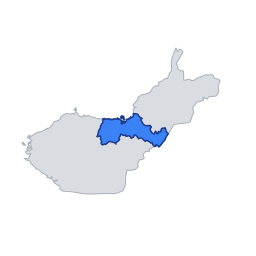 Northern Ostrobothnia on a map of Finland (orthographic projection), rotated 56°
{"feature_id": "FIN-3180", "entity_name": "Northern Ostrobothnia", "entity_type": "Province", "adm_level": 1, "iso_a3": "FIN", "parent_name": "Finland", "parent_adm1": "", "projection": "orthographic", "projection_center": [26.371, 64.957], "detail": "fine", "context": "in_parent", "style": "filled", "palette": "blue", "viewbox_px": 256, "rotation_deg": 56, "n_neighbors": 0, "source": "natural_earth", "source_scale": "10m", "svg_char_len": 8833}
<svg xmlns="http://www.w3.org/2000/svg" viewBox="0 0 256 256"><g transform="rotate(56 128 128)"><path d="M111.5,110.8L110.7,107.1L109.7,103.8L108.5,102.9L108.1,101.7L108.0,99.1L108.3,97.1L109.7,95.2L110.0,92.6L110.9,90.5L110.6,89.2L108.6,85.2L108.4,84.0L108.4,81.9L109.6,80.0L109.4,78.1L107.3,77.3L107.4,76.1L108.1,74.2L107.8,72.5L108.0,68.9L109.1,67.4L107.9,66.1L106.9,63.7L105.9,63.6L105.3,61.1L103.7,58.8L97.5,55.3L93.9,51.6L92.1,48.7L90.3,47.0L90.2,45.5L88.4,44.2L88.8,43.5L90.4,43.6L91.6,44.3L92.1,43.6L91.7,41.4L91.9,40.9L93.4,39.8L95.7,40.0L100.2,48.7L100.8,51.5L105.6,52.7L106.1,53.4L107.4,53.3L110.3,52.1L111.4,50.3L112.5,50.5L119.3,54.9L120.4,53.9L121.0,51.4L121.6,50.3L122.4,49.5L124.0,49.0L125.3,47.0L125.5,41.1L126.1,39.4L127.3,33.7L129.4,31.1L130.9,28.4L132.3,28.0L135.0,28.5L138.2,25.7L140.2,25.3L144.0,30.0L149.2,32.9L150.7,36.8L150.1,38.4L147.5,42.9L147.5,44.0L148.5,46.0L144.6,48.5L144.9,49.1L147.1,49.3L147.3,50.2L145.3,55.8L145.3,56.8L147.1,62.8L152.2,65.1L153.7,67.7L157.5,72.8L157.3,75.3L152.3,84.6L151.2,87.2L151.1,88.8L154.6,95.9L156.6,101.0L158.7,104.6L160.5,110.6L160.7,112.7L157.6,114.1L158.5,115.1L157.9,117.1L157.9,119.9L157.1,121.7L157.3,122.2L158.9,122.5L159.1,123.7L159.0,124.4L157.5,125.9L157.4,127.3L158.3,129.8L159.1,130.6L161.6,131.2L162.0,131.8L162.2,133.6L161.1,135.4L161.1,136.1L162.4,139.2L165.9,141.6L166.3,143.5L166.4,144.8L166.3,146.0L164.0,150.5L162.1,152.0L166.2,156.4L173.5,161.9L176.9,166.7L177.2,168.1L175.4,174.7L174.6,176.5L169.3,184.0L161.7,196.2L157.7,201.6L149.8,209.8L143.9,217.2L140.6,218.7L138.1,217.1L136.8,217.5L135.6,218.6L131.4,219.8L131.3,218.6L132.1,215.5L131.8,215.6L131.0,217.0L130.6,218.7L129.9,219.6L128.1,220.0L126.5,218.6L125.7,218.6L126.5,220.7L126.4,221.3L125.5,221.1L123.7,222.7L123.2,222.7L122.7,221.4L120.6,222.8L118.8,223.0L117.6,224.1L112.0,225.6L110.4,227.4L109.4,227.0L103.1,228.3L100.5,227.7L97.5,230.4L95.3,230.7L97.7,227.9L97.8,226.9L96.7,226.3L95.9,225.2L95.1,223.0L94.7,222.8L93.8,225.6L92.3,226.5L90.4,226.3L90.3,225.1L90.7,224.0L90.4,223.8L90.7,222.9L91.7,222.9L91.9,222.4L92.0,221.9L91.2,221.3L92.1,219.4L88.8,218.7L85.0,216.4L84.6,214.6L82.6,215.7L81.0,214.2L80.8,213.4L80.8,206.7L81.1,204.9L82.3,202.7L82.8,200.6L83.0,196.5L83.6,196.5L83.0,195.1L84.0,194.8L84.1,194.4L82.5,187.7L81.4,186.1L82.7,181.5L82.7,180.4L82.6,179.1L81.2,177.5L81.0,173.3L81.6,171.0L84.8,167.0L85.0,165.3L86.7,165.3L86.0,163.8L86.0,161.9L88.3,161.4L89.1,162.1L91.2,161.5L93.1,160.3L92.6,157.7L93.5,157.7L93.3,157.0L93.4,156.4L94.1,156.7L95.3,155.0L95.4,153.6L97.5,153.0L99.9,150.4L102.1,149.0L104.4,146.3L105.3,146.2L105.9,144.3L108.4,141.6L109.3,139.4L111.6,136.9L113.9,132.4L114.2,131.2L117.6,129.6L120.5,130.1L120.5,129.0L120.0,128.3L121.3,127.1L121.0,125.3L120.3,124.4L121.2,117.7L120.4,116.3L117.1,113.9L115.7,113.7L115.0,111.9L115.4,109.9L113.5,111.4L111.5,110.8ZM87.5,219.6L89.8,219.7L90.3,220.8L89.2,221.4L89.1,222.2L89.6,223.5L88.6,223.5L87.9,222.0L86.9,220.9L87.5,219.6ZM116.8,127.4L115.5,128.1L114.5,127.6L114.5,126.3L116.3,125.5L118.1,126.5L117.2,126.7L116.8,127.4ZM83.3,160.2L83.1,161.3L84.4,160.7L84.9,161.0L84.8,162.0L84.4,161.8L83.2,162.8L82.4,161.8L81.9,160.1L83.3,160.2ZM81.0,215.6L80.8,216.5L79.5,216.5L79.0,215.5L78.8,213.9L79.4,213.3L79.7,214.1L81.0,215.6ZM86.1,219.9L85.4,219.9L84.5,218.8L84.4,218.4L84.8,218.2L84.7,217.1L85.4,217.7L85.8,218.5L85.4,218.7L86.1,219.9ZM84.3,223.7L83.2,224.3L82.8,224.1L83.0,222.9L83.7,222.5L84.7,222.5L84.3,223.7ZM82.2,224.2L81.3,224.3L80.8,223.7L81.7,222.8L82.3,223.0L82.4,223.5L82.2,224.2Z" fill="#d9dde1" stroke="#a8b0b8" stroke-width="1"/><path d="M155.4,97.9L155.5,98.3L155.6,98.9L155.9,99.6L156.4,100.7L157.6,102.8L158.4,103.7L158.6,104.2L158.8,105.0L159.1,106.6L159.2,106.9L159.6,107.8L159.7,108.1L160.0,109.1L160.4,109.9L160.5,110.3L160.8,112.1L160.9,112.6L160.9,113.1L160.5,113.2L159.9,112.9L158.0,113.6L157.5,114.0L157.8,114.4L158.4,114.8L158.7,115.2L158.6,115.5L158.0,116.3L157.9,116.6L155.9,116.8L155.3,116.7L154.7,116.4L154.1,116.3L153.8,116.3L153.4,117.3L152.8,117.7L151.4,117.9L149.2,119.1L148.9,119.3L149.0,119.5L148.7,120.2L148.5,120.5L148.4,120.6L148.6,120.7L148.7,121.1L148.2,121.3L144.2,122.3L143.8,122.5L143.4,123.0L143.1,123.7L143.0,124.2L142.9,124.7L142.8,125.1L142.6,125.4L142.4,125.4L141.6,125.1L138.2,125.6L137.8,126.0L137.5,126.4L137.5,127.0L138.0,127.5L138.4,128.1L138.5,128.3L138.4,128.5L138.6,128.7L138.6,128.9L138.5,129.4L138.5,129.8L138.5,130.0L138.5,130.4L138.3,130.6L138.3,131.0L138.1,131.1L137.7,131.1L136.7,130.9L136.2,130.9L135.1,131.5L134.6,132.1L134.4,132.4L134.3,132.8L134.4,133.3L134.2,133.5L133.6,134.3L133.2,134.4L132.2,134.5L132.2,134.8L132.2,135.0L131.8,135.3L131.6,135.4L131.6,135.7L131.4,135.9L131.2,136.1L131.3,136.2L131.2,136.3L130.6,136.4L130.3,136.6L129.7,137.2L129.6,137.3L129.3,137.4L129.4,137.5L129.1,137.9L129.3,138.1L130.2,138.9L130.6,139.6L130.7,140.0L130.7,140.5L131.2,141.0L131.4,141.1L131.7,141.2L132.3,141.2L132.5,141.2L132.6,141.3L132.5,141.9L132.6,142.1L132.9,142.2L133.2,142.2L133.3,142.6L133.4,145.2L133.5,146.0L133.6,146.4L134.2,146.9L132.6,147.5L129.1,150.5L128.6,151.5L128.7,152.0L129.1,155.2L129.0,155.9L128.7,156.0L128.4,156.2L128.2,156.6L128.2,156.9L128.0,157.8L128.0,158.0L127.7,158.5L126.7,159.0L126.2,159.0L125.7,158.9L125.3,158.5L124.5,157.6L124.1,157.3L121.9,157.0L121.5,156.8L120.7,155.9L120.3,155.7L119.6,155.5L119.2,155.6L118.8,156.0L118.6,156.8L118.4,157.5L118.2,158.1L117.7,158.4L117.5,157.8L115.4,155.4L114.2,154.2L113.6,153.3L112.7,151.1L112.3,150.6L111.9,150.3L111.1,149.9L110.9,149.6L110.9,149.4L110.8,148.8L110.5,148.5L110.1,148.0L109.9,147.7L109.7,146.7L109.7,146.2L109.2,145.6L107.9,144.9L106.4,143.7L106.5,143.5L106.5,143.2L106.6,142.9L106.7,142.7L106.9,142.9L107.0,142.9L107.4,142.7L107.5,142.5L107.6,142.4L107.8,141.7L108.0,141.8L108.4,142.0L108.5,142.2L108.4,141.7L108.4,141.4L108.4,141.1L108.6,140.8L108.8,140.4L109.0,140.1L109.1,139.5L109.2,139.3L109.4,139.2L109.7,139.0L109.9,138.8L109.9,138.5L110.1,138.5L110.3,138.3L110.6,138.1L111.0,138.1L111.0,137.7L111.1,137.4L111.4,137.5L111.5,137.4L111.6,137.2L111.7,136.9L111.9,136.7L112.1,136.7L112.4,136.2L112.3,135.9L112.3,135.7L112.5,135.6L112.5,135.4L112.5,134.8L112.6,134.6L112.9,134.2L113.0,133.7L113.4,133.2L113.8,133.0L113.9,132.9L114.1,132.6L114.0,132.3L114.0,132.1L114.1,131.9L114.5,131.6L114.2,131.3L114.1,131.1L114.4,131.1L115.1,131.5L115.2,131.3L115.2,131.2L115.2,130.6L115.4,130.5L115.7,130.5L115.8,130.1L116.1,129.9L117.2,129.8L118.7,129.0L118.9,128.9L119.0,129.0L119.2,129.4L119.3,129.6L119.5,129.6L119.6,130.1L119.8,130.3L119.9,130.5L120.1,130.6L120.3,130.6L120.3,130.8L120.1,130.8L120.3,131.0L121.1,130.8L121.1,130.7L121.0,130.3L121.1,130.1L121.2,129.4L121.1,129.1L120.9,129.2L120.7,129.2L120.5,128.9L120.1,128.7L119.7,128.0L119.9,127.7L120.0,127.5L120.8,127.7L121.0,127.8L121.3,128.1L121.5,128.3L121.8,128.3L121.9,128.0L121.8,127.7L121.7,127.6L121.7,127.4L121.7,127.0L121.6,126.8L121.6,126.7L121.4,126.2L121.3,125.8L121.3,125.6L121.2,125.4L120.9,125.1L120.0,124.8L120.0,124.4L120.1,124.2L120.4,123.8L120.5,123.7L120.6,123.2L120.6,122.9L120.8,122.9L121.0,122.8L120.7,122.6L120.8,122.3L120.9,122.2L120.7,122.1L120.7,121.9L120.8,121.2L120.9,120.9L120.8,120.7L121.0,120.6L121.1,120.4L120.5,119.7L120.9,119.6L121.0,119.6L121.3,119.0L121.2,118.7L121.3,117.9L121.3,117.6L121.0,117.1L120.8,116.7L120.2,116.1L119.8,116.0L119.6,116.0L119.4,116.0L119.2,115.7L119.1,115.4L119.4,115.1L120.0,114.2L121.6,112.5L122.6,112.2L124.7,112.3L125.7,112.1L127.8,111.0L128.1,111.1L128.0,111.9L128.0,112.4L128.1,112.8L128.3,112.9L133.7,113.2L135.8,112.2L136.4,111.5L138.3,108.3L138.5,108.1L139.4,108.6L139.5,108.7L139.9,108.1L140.2,108.1L140.6,108.6L140.9,109.6L141.1,110.0L141.3,110.3L141.3,110.5L144.9,110.9L145.2,110.9L146.0,110.5L146.7,110.4L147.1,110.2L147.4,109.8L147.5,109.5L147.3,108.9L146.6,108.0L146.4,107.8L146.3,107.6L146.3,107.0L146.3,106.9L146.5,106.9L146.6,107.2L146.9,107.2L147.6,106.9L148.7,107.0L149.1,106.9L149.3,106.4L149.3,106.0L149.1,106.0L148.8,105.8L148.3,105.4L148.4,105.2L148.2,104.8L148.1,104.5L148.1,104.4L148.5,104.3L148.8,104.2L148.9,103.8L148.9,103.7L149.0,103.5L149.3,103.2L149.0,102.8L149.0,102.7L149.2,102.2L149.1,101.9L149.0,101.7L148.9,101.7L148.7,101.7L148.4,101.8L148.3,101.6L148.0,101.5L147.7,101.1L147.4,100.7L147.4,100.0L147.4,99.5L147.6,99.1L147.7,98.9L147.9,98.7L148.0,98.6L148.3,98.5L148.4,98.3L148.4,97.5L148.5,97.3L148.8,97.1L152.4,98.3L152.8,98.3L153.5,98.0L155.4,97.9ZM118.1,126.2L118.4,126.1L118.7,126.4L118.4,126.6L117.8,126.6L117.1,126.3L116.6,126.4L116.4,126.7L115.7,127.1L116.0,127.7L116.5,127.7L116.6,127.8L116.2,127.9L116.1,128.0L115.8,128.2L115.6,128.2L115.6,127.8L115.5,127.5L115.4,127.3L115.2,127.8L114.9,127.8L114.7,127.3L114.5,127.0L114.4,126.4L114.6,126.2L115.2,125.6L115.9,125.5L116.7,125.3L117.2,125.5L117.3,125.8L117.1,125.9L117.1,126.1L117.3,126.0L118.1,126.2Z" fill="#3b82f6" stroke="#1e3a8a" stroke-width="1.5"/></g></svg>